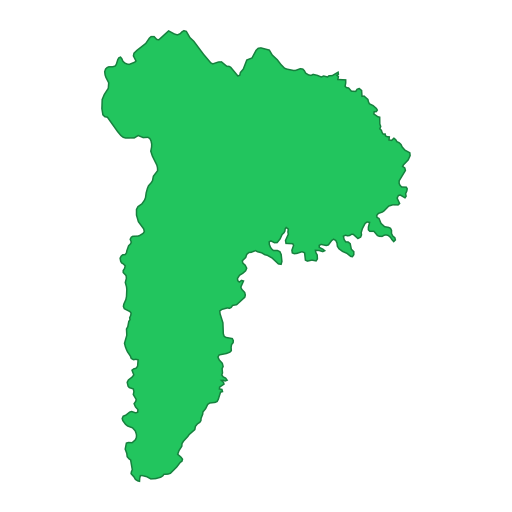 outline of Olhos-d'Água, Minas Gerais, Brazil
{"feature_id": "56859067B66105634364184", "entity_name": "Olhos-d'Água", "entity_type": "district", "adm_level": 2, "iso_a3": "BRA", "parent_name": "Brazil", "parent_adm1": "Minas Gerais", "projection": "robinson", "projection_center": [-43.585, -17.548], "detail": "fine", "context": "isolated", "style": "filled", "palette": "green", "viewbox_px": 512, "rotation_deg": 0, "n_neighbors": 0, "source": "geoboundaries", "source_scale": "gbopen_adm2", "svg_char_len": 6035}
<svg xmlns="http://www.w3.org/2000/svg" viewBox="0 0 512 512"><path d="M139.5,481.3L139.7,478.2L140.4,475.6L142.4,475.6L146.8,476.7L150.8,478.9L155.7,478.6L160.7,477.2L162.8,475.8L163.9,474.3L167.9,474.1L170.4,473.3L176.7,467.0L180.3,462.3L181.9,461.3L182.5,459.2L181.1,457.3L177.7,454.3L179.0,450.6L181.8,446.2L182.0,443.5L183.7,440.9L187.7,436.6L189.2,434.5L194.8,429.6L195.4,426.4L197.4,423.9L199.8,422.3L200.9,420.6L201.1,418.2L202.7,414.2L202.9,412.0L205.6,408.7L207.7,404.4L209.8,403.0L215.1,402.4L217.1,401.5L218.3,399.3L220.5,392.2L222.5,391.6L221.9,389.4L219.4,389.0L219.6,387.1L224.0,384.1L223.4,382.3L221.4,380.4L223.5,380.3L225.1,381.0L227.1,380.2L225.6,378.1L223.2,376.9L221.8,375.0L222.5,372.9L222.1,368.6L223.1,366.5L222.3,363.3L219.2,359.9L217.9,357.0L219.2,354.9L226.4,353.5L229.8,352.2L231.3,350.7L231.1,347.3L231.6,344.5L233.1,342.7L233.3,340.6L232.3,338.6L225.8,337.4L224.1,336.2L223.3,333.7L222.9,322.8L220.1,313.9L219.7,311.0L221.9,309.4L227.4,307.9L229.5,308.3L231.2,307.4L232.6,305.4L236.6,304.7L244.8,297.2L245.3,295.0L244.7,292.5L241.8,289.4L240.8,287.1L243.5,281.0L241.5,280.4L239.3,282.1L237.7,280.6L237.5,278.3L239.6,275.2L242.9,273.2L245.6,270.8L246.7,268.2L245.1,265.1L242.9,263.2L242.3,260.8L245.7,257.5L246.7,254.4L248.9,252.5L251.2,252.3L255.5,250.6L257.4,251.7L261.6,252.8L264.8,254.7L267.3,255.3L272.1,258.0L278.4,263.9L281.1,264.3L281.9,261.5L281.2,254.6L279.9,251.7L277.4,250.5L273.5,250.5L272.1,249.5L270.5,247.4L269.3,244.3L269.2,241.8L270.9,240.9L274.5,242.7L277.1,242.6L280.1,238.9L282.1,234.5L283.9,232.8L284.9,231.1L285.1,229.0L286.2,227.5L288.3,229.1L287.9,232.0L288.3,234.3L285.5,240.5L286.0,243.4L292.7,243.7L293.6,245.4L291.9,250.2L292.3,252.9L294.3,253.7L296.9,253.4L302.0,251.7L304.6,252.8L305.4,260.1L307.4,261.1L311.9,260.1L316.1,260.9L317.4,258.9L317.2,255.0L315.9,252.7L315.4,250.3L319.1,250.5L322.8,251.6L324.7,250.7L322.9,249.2L319.3,247.4L319.2,245.4L321.1,244.4L326.3,245.5L328.4,244.9L331.7,240.5L333.6,239.2L335.8,240.5L337.0,243.1L337.4,246.3L339.0,248.8L342.5,251.4L347.0,253.4L350.7,256.4L352.4,256.7L353.8,254.7L353.8,251.7L351.3,249.2L350.2,243.7L348.2,242.0L345.7,241.9L344.1,239.5L343.4,236.2L345.5,235.2L347.6,235.8L349.6,235.5L351.5,234.3L353.2,234.3L357.9,238.5L360.6,237.1L361.5,234.9L361.2,232.6L362.4,228.6L365.1,223.4L367.1,222.0L369.6,222.4L368.4,227.1L368.4,229.8L369.8,231.3L373.9,231.3L377.4,235.5L379.3,236.3L382.1,236.4L384.2,235.2L386.1,234.9L388.3,235.5L390.5,237.4L391.8,239.5L393.7,241.6L395.4,239.9L394.8,237.7L392.7,236.0L391.5,233.5L391.5,230.4L390.5,228.3L388.6,227.4L384.6,226.7L381.0,223.4L379.0,218.5L377.0,217.4L376.7,215.4L378.4,213.4L382.4,212.0L384.0,210.9L388.7,206.1L392.8,204.8L398.1,204.9L399.6,203.5L397.1,198.1L398.4,195.5L400.2,195.0L405.0,197.8L406.1,196.2L405.6,193.7L406.8,191.0L407.2,188.8L406.3,187.2L401.6,187.0L400.0,185.3L399.1,183.3L399.2,180.7L405.4,170.5L404.8,168.0L402.6,166.4L403.5,164.8L408.2,159.9L410.1,155.6L409.8,152.8L405.0,150.2L402.1,146.9L401.0,144.5L399.1,142.7L396.9,141.7L395.7,139.7L393.9,138.2L391.6,140.4L389.0,140.0L389.3,136.9L387.2,136.7L385.5,135.9L385.1,134.0L383.3,134.2L382.1,132.6L381.4,130.3L379.8,128.8L380.7,126.5L379.8,124.0L379.7,117.2L377.7,116.7L373.8,113.9L374.2,111.7L376.3,111.6L377.3,110.1L376.4,108.5L373.1,105.6L369.4,103.8L368.4,101.7L367.9,99.5L364.1,96.1L362.0,96.3L361.6,90.5L359.2,88.5L357.1,89.3L355.7,91.4L351.4,91.2L348.6,88.0L346.4,87.6L345.1,86.3L345.7,83.0L345.7,79.9L337.8,79.5L338.4,76.6L336.9,75.4L338.4,74.3L338.1,72.2L332.3,75.6L328.9,75.8L327.6,77.0L323.6,76.0L321.3,77.0L317.4,75.4L313.1,74.4L311.1,75.4L308.5,74.9L305.6,73.1L304.4,70.8L302.8,69.1L300.3,68.7L295.7,70.4L293.6,70.5L286.8,69.1L284.5,68.2L280.8,64.4L277.3,59.8L272.2,55.0L269.3,50.1L260.9,47.9L258.2,48.3L256.1,50.3L252.0,58.0L246.8,60.0L243.3,69.1L240.4,72.5L239.8,75.2L237.9,76.0L230.7,67.3L229.1,66.4L226.8,66.3L221.5,61.9L218.5,62.0L212.8,63.9L210.8,62.9L203.5,54.3L193.8,41.3L189.9,37.6L186.3,31.4L183.9,30.7L181.9,31.9L180.2,33.7L177.4,34.9L174.4,34.0L168.6,30.9L158.8,39.8L156.8,39.5L154.1,36.6L151.1,36.6L149.4,38.1L145.8,43.4L137.0,50.3L134.0,53.2L133.4,55.9L136.0,61.0L134.7,62.2L129.2,64.4L127.2,64.1L124.9,63.1L122.9,61.3L121.8,58.7L120.5,57.1L118.9,57.8L117.8,59.6L116.3,64.4L115.1,66.1L112.5,66.8L108.9,66.8L107.2,67.5L105.6,69.0L104.7,71.7L105.1,74.9L105.9,77.3L108.7,82.8L108.3,88.3L104.3,94.5L102.2,99.5L101.9,108.7L102.9,114.8L104.8,116.7L107.4,117.2L117.7,131.7L120.9,135.5L123.2,137.3L125.6,138.0L134.3,137.9L138.2,135.5L143.2,137.6L147.9,137.3L149.8,138.5L151.0,140.8L151.7,144.1L151.6,147.0L150.8,151.2L152.4,156.1L156.9,165.2L157.5,167.8L157.6,170.7L153.4,176.2L152.5,180.7L151.3,182.6L148.5,185.8L147.4,188.5L146.2,192.8L145.5,197.7L144.5,200.2L141.9,203.9L138.0,206.6L136.5,209.4L136.5,215.1L138.4,221.7L143.7,228.9L144.3,231.6L143.2,233.3L139.7,235.5L138.0,236.1L132.8,236.3L131.3,237.2L130.2,239.3L131.3,242.1L130.5,243.9L128.6,245.8L126.8,250.9L126.5,252.8L125.2,254.6L122.7,254.8L121.2,256.1L120.1,258.2L120.7,261.3L121.6,262.9L123.3,263.9L125.2,265.8L124.5,268.6L123.2,270.5L123.2,272.5L126.1,275.6L126.4,278.3L125.3,282.5L126.5,286.7L126.8,289.4L126.5,296.5L125.9,299.5L123.8,304.2L123.4,306.4L124.3,308.7L130.0,311.6L131.1,313.2L130.7,315.5L129.7,317.7L130.0,319.7L128.8,321.4L127.8,326.7L126.5,329.0L126.8,335.3L124.5,343.3L125.4,346.8L126.4,349.4L127.5,351.8L130.4,356.1L131.2,358.4L133.5,359.7L135.8,359.3L138.1,359.8L137.6,366.2L136.0,368.3L133.9,368.8L132.0,370.2L133.8,374.9L132.2,377.0L128.4,380.0L127.2,382.3L128.1,386.2L129.3,387.6L133.3,388.9L133.9,391.7L133.3,394.5L136.2,399.5L135.7,401.4L134.1,403.7L135.5,406.9L137.9,409.6L137.7,412.2L135.7,412.9L131.6,411.5L129.7,412.1L125.9,415.1L123.2,416.2L122.2,418.5L122.8,420.6L125.5,424.3L127.6,426.0L132.5,427.8L135.2,430.8L136.0,433.0L136.5,435.0L136.4,437.5L135.3,439.9L132.1,442.7L128.4,442.5L126.4,443.1L125.2,449.1L126.8,453.4L127.2,456.7L129.1,458.9L130.6,459.9L132.3,469.7L131.4,471.8L131.1,473.7L134.1,477.1L135.4,479.4L137.8,480.9L139.5,481.3Z" fill="#22c55e" stroke="#15803d" stroke-width="1.5"/></svg>